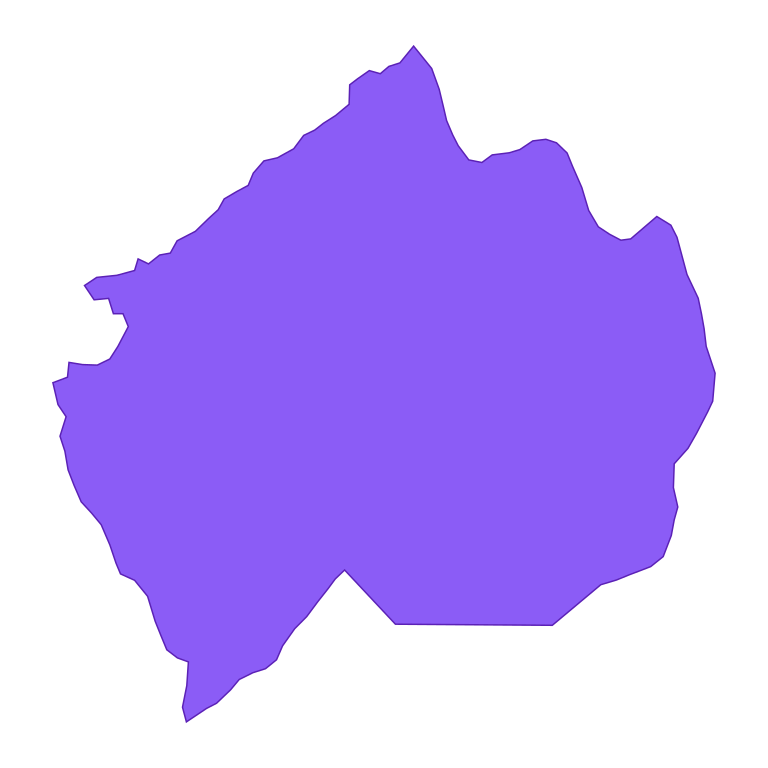 the district of Terra Roxa, São Paulo, Brazil
{"feature_id": "56859067B22989261548465", "entity_name": "Terra Roxa", "entity_type": "district", "adm_level": 2, "iso_a3": "BRA", "parent_name": "Brazil", "parent_adm1": "São Paulo", "projection": "equal_earth", "projection_center": [-48.359, -20.777], "detail": "fine", "context": "isolated", "style": "filled", "palette": "violet", "viewbox_px": 768, "rotation_deg": 0, "n_neighbors": 0, "source": "geoboundaries", "source_scale": "gbopen_adm2", "svg_char_len": 1655}
<svg xmlns="http://www.w3.org/2000/svg" viewBox="0 0 768 768"><path d="M186.4,721.9L206.4,708.5L216.6,703.2L230.6,689.8L239.2,679.5L252.9,672.7L265.5,668.7L276.5,659.8L282.6,645.8L294.7,628.7L306.7,616.6L317.7,601.8L327.9,588.9L335.3,578.9L344.6,570.0L395.4,624.2L552.3,625.3L600.8,584.7L616.5,580.0L629.5,574.7L638.5,571.3L650.7,566.6L663.2,556.6L671.3,535.5L674.2,519.9L677.8,507.0L673.4,487.6L674.2,463.8L688.0,448.3L696.4,433.6L707.6,412.0L712.7,401.2L715.1,373.2L706.2,346.4L704.1,328.7L701.5,314.0L698.2,298.2L687.0,274.5L677.0,237.3L670.9,225.2L656.8,216.5L630.7,238.9L620.9,240.2L609.5,234.2L598.3,226.8L588.7,210.5L581.8,187.5L572.6,166.5L567.1,153.0L556.5,142.8L545.9,139.3L532.8,140.9L519.8,149.6L509.2,152.8L492.2,154.9L481.9,162.5L468.8,159.9L458.2,145.7L452.7,134.9L446.6,120.6L443.3,106.4L439.2,89.3L431.7,68.5L413.6,46.1L399.9,62.9L388.9,66.4L380.3,73.7L369.3,70.6L357.7,78.7L349.7,84.8L349.1,104.3L335.5,115.6L323.4,123.3L314.7,130.1L303.7,135.4L293.7,148.8L277.4,157.8L263.9,160.9L253.3,173.1L248.2,185.4L236.8,191.5L224.2,198.9L218.2,209.7L208.5,218.6L195.4,231.3L185.8,236.3L177.1,240.8L170.3,253.1L159.7,255.0L148.5,263.9L138.1,258.9L134.6,270.5L116.9,275.3L96.7,277.4L84.5,285.5L94.1,299.8L108.6,298.4L113.4,313.7L123.0,313.7L128.3,326.6L117.9,346.4L109.8,359.0L97.3,365.1L82.6,364.6L69.0,362.4L67.5,377.2L52.9,382.7L58.0,404.6L66.1,416.7L60.0,436.2L64.9,451.2L68.1,469.9L74.1,485.4L81.2,501.8L91.6,513.1L101.2,524.7L109.9,545.0L116.0,563.1L120.5,573.9L134.6,580.3L147.6,596.3L155.2,621.3L160.7,635.0L166.8,649.8L177.4,657.9L188.4,661.9L186.8,685.6L182.5,707.2L186.4,721.9Z" fill="#8b5cf6" stroke="#5b21b6" stroke-width="1.5"/></svg>